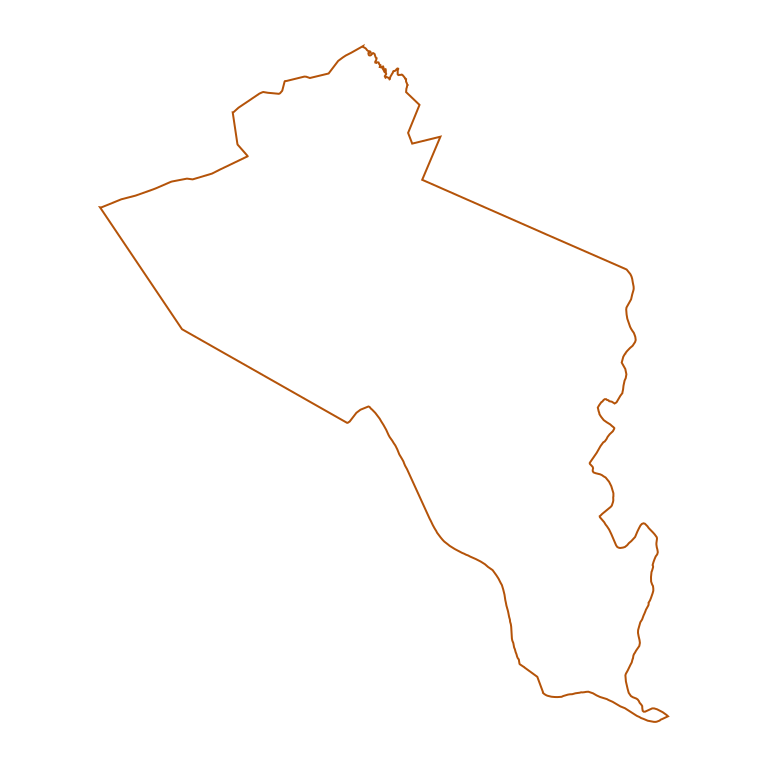 Luampa, Western, Zambia (Equal Earth projection)
{"feature_id": "96606910B75659295397669", "entity_name": "Luampa", "entity_type": "district", "adm_level": 2, "iso_a3": "ZMB", "parent_name": "Zambia", "parent_adm1": "Western", "projection": "equal_earth", "projection_center": [24.874, -15.433], "detail": "fine", "context": "isolated", "style": "outline", "palette": "amber", "viewbox_px": 768, "rotation_deg": 0, "n_neighbors": 0, "source": "geoboundaries", "source_scale": "gbopen_adm2", "svg_char_len": 5968}
<svg xmlns="http://www.w3.org/2000/svg" viewBox="0 0 768 768"><path d="M626.6,314.5L626.2,309.5L626.5,307.5L631.1,299.3L632.2,294.5L633.5,290.0L633.7,288.7L633.6,286.5L632.8,282.5L632.2,278.9L631.5,276.5L630.4,274.2L626.6,269.5L547.0,234.7L422.2,179.8L440.4,136.7L412.2,143.6L408.1,132.9L419.5,104.9L406.1,92.1L406.4,88.6L406.8,87.5L407.2,85.5L407.7,85.0L407.2,84.4L406.6,82.7L406.1,81.7L406.0,80.4L406.1,79.1L405.4,78.5L405.0,78.5L404.9,77.9L403.7,76.4L402.6,75.1L402.0,74.7L401.6,74.6L401.1,74.9L399.5,74.9L398.7,75.1L398.3,75.0L397.7,74.3L397.6,73.9L397.8,73.0L397.6,72.3L397.8,70.1L398.2,69.1L398.2,68.7L397.5,68.5L397.3,68.6L397.3,68.8L396.4,69.4L396.0,70.0L394.9,70.9L394.3,71.1L393.8,71.0L393.4,71.2L393.2,71.5L392.6,73.1L391.8,74.2L391.2,75.4L390.4,76.6L389.9,78.5L389.9,79.0L389.7,79.2L389.5,79.3L389.0,78.3L388.6,77.9L386.6,77.0L386.0,77.2L385.5,77.7L385.4,77.6L385.3,77.1L384.9,76.6L384.8,76.2L385.4,75.3L386.1,74.2L386.2,73.9L385.9,73.2L385.8,72.0L385.8,70.2L385.6,69.2L385.2,69.1L384.8,69.3L384.8,69.8L385.2,70.7L385.0,71.4L384.5,71.9L384.2,71.4L383.7,70.2L382.9,69.0L383.0,68.4L383.3,68.3L383.5,67.9L383.4,67.2L383.1,66.5L382.1,66.7L381.7,66.9L381.3,67.5L380.8,67.3L380.5,67.0L379.8,67.0L379.9,66.5L379.9,65.9L380.0,65.6L380.3,65.6L380.4,65.1L379.7,64.7L379.2,64.1L378.6,62.5L378.0,62.3L376.9,62.4L376.4,62.9L375.3,62.6L375.2,62.0L375.3,61.6L376.2,60.0L376.6,58.2L375.9,57.8L375.7,57.4L375.0,55.5L374.7,54.2L373.5,53.2L373.0,53.1L371.5,54.5L371.0,55.1L370.0,55.5L369.1,55.3L368.7,54.8L368.4,53.4L368.4,53.0L368.5,52.9L368.9,52.7L369.6,52.8L370.5,52.7L370.7,52.3L370.4,51.8L369.8,51.3L368.4,51.1L367.6,50.6L367.1,50.2L365.9,48.6L364.3,47.5L363.1,47.1L362.8,46.6L363.0,46.1L351.3,52.7L345.8,55.5L342.9,57.4L338.2,60.9L328.6,73.5L309.9,78.0L306.1,76.7L304.3,76.6L286.8,80.9L285.0,81.1L284.6,81.6L282.3,90.5L282.1,90.9L280.1,93.2L279.6,93.5L278.8,93.8L271.5,93.1L268.0,92.8L263.2,92.0L261.8,92.5L259.4,93.6L238.5,107.7L233.6,112.1L233.2,112.3L232.7,112.3L237.4,143.9L237.6,144.6L247.5,155.9L247.6,156.3L219.9,169.6L212.0,173.6L192.9,179.3L192.1,179.3L187.5,178.7L186.6,178.7L172.0,181.5L170.7,181.9L155.7,188.4L153.1,189.4L135.6,195.6L121.3,199.3L101.6,207.3L100.8,207.4L100.0,207.3L182.0,329.2L347.0,422.8L347.7,422.8L349.7,421.5L356.4,412.8L360.5,409.7L368.4,406.5L369.5,406.9L371.0,408.7L372.1,409.6L375.3,412.9L379.7,418.7L381.3,421.5L383.4,424.8L386.2,429.8L388.5,434.9L389.7,437.1L392.2,440.6L393.9,443.4L395.3,445.4L397.3,449.4L399.3,454.4L402.0,458.9L403.5,461.6L404.0,463.1L405.1,465.7L407.0,469.1L429.6,518.6L431.0,521.3L432.7,524.9L434.5,528.2L436.4,531.3L437.0,532.6L440.6,537.4L442.5,539.7L444.2,541.5L448.3,544.7L449.6,545.8L454.9,549.1L462.1,552.9L464.1,553.7L466.0,554.7L468.2,555.5L470.0,556.5L475.9,559.1L480.6,561.5L484.9,564.2L488.1,567.0L492.6,570.1L496.3,575.2L498.5,578.6L500.5,582.6L501.9,585.1L503.2,589.4L504.5,594.7L505.3,600.1L505.9,602.8L506.4,605.5L508.0,611.2L509.2,617.2L509.9,619.6L510.1,621.8L510.8,624.1L511.2,626.8L511.9,638.5L512.3,640.6L513.3,643.0L514.1,647.4L514.9,649.3L515.6,652.0L516.5,654.3L517.1,656.6L517.9,658.4L518.8,659.4L519.5,663.8L519.9,664.3L524.2,667.2L524.3,667.2L524.5,667.5L537.3,676.8L542.6,691.1L543.0,692.2L542.9,692.8L544.4,694.1L545.8,695.0L547.3,695.7L551.3,696.7L554.5,697.0L557.1,697.1L561.6,696.8L563.3,696.0L568.0,694.6L569.9,694.3L572.2,694.2L575.4,693.3L579.8,692.7L581.1,692.3L582.4,692.4L584.4,692.2L585.9,691.9L588.3,691.7L593.0,693.3L596.6,695.4L600.1,697.0L606.9,699.1L608.5,700.0L612.6,701.8L620.4,706.4L624.9,708.2L636.9,715.9L639.4,717.0L641.0,718.0L643.5,718.9L647.7,720.7L654.1,721.9L655.5,721.9L656.7,721.7L659.6,720.6L660.8,719.6L662.3,719.0L668.0,716.3L666.6,715.0L662.7,712.2L657.1,709.3L654.1,708.4L652.2,708.4L645.0,711.7L643.7,711.7L642.7,710.8L642.3,708.3L642.2,706.1L641.4,704.8L639.6,702.7L638.9,701.1L637.6,699.4L636.2,698.5L632.8,697.2L630.9,696.0L628.7,692.8L627.6,688.8L625.9,681.4L625.4,675.3L625.9,673.7L627.6,670.7L630.5,664.7L631.7,662.5L632.6,659.0L632.9,658.7L633.4,655.6L634.0,654.1L634.9,652.8L636.1,650.6L639.3,646.0L639.9,642.9L639.5,640.0L638.6,636.2L638.0,632.9L638.1,630.1L640.3,622.3L642.1,619.5L643.6,615.4L644.4,613.7L645.5,611.0L645.9,609.8L648.4,605.3L648.7,603.7L648.5,602.9L650.0,600.4L651.0,597.9L652.6,593.3L653.3,590.8L653.3,588.6L653.0,586.1L652.1,584.4L651.1,581.5L651.0,577.1L651.5,572.0L652.0,570.8L653.0,567.5L653.1,566.8L653.0,565.9L652.6,565.1L653.5,562.0L654.6,559.0L655.7,556.4L657.2,554.4L657.8,552.2L657.4,549.6L656.8,547.4L656.4,544.6L656.4,543.1L657.0,538.7L656.8,537.3L654.7,534.4L653.1,532.6L649.7,529.1L648.5,527.8L647.5,526.3L646.2,525.0L644.9,523.7L643.5,523.3L641.9,523.9L640.5,525.4L639.0,528.2L637.4,531.5L635.1,537.0L631.3,541.1L628.9,543.1L627.2,545.2L624.9,547.0L622.9,547.6L620.0,548.0L618.4,547.6L617.2,546.9L616.1,545.3L611.4,534.3L609.1,529.5L606.9,526.2L605.6,524.6L604.2,522.2L599.9,517.2L599.7,516.2L600.5,515.6L602.3,513.8L610.7,506.9L611.8,505.6L613.0,502.0L613.3,500.4L613.2,497.0L613.4,496.5L613.4,493.2L611.3,486.2L609.1,481.8L605.6,477.5L603.7,476.4L601.9,475.1L600.1,474.3L595.6,473.2L593.5,472.4L592.7,471.0L592.8,469.4L593.1,468.2L592.6,466.8L589.9,463.9L589.7,463.1L590.2,462.2L596.7,452.8L600.5,446.1L603.3,442.3L604.7,441.5L606.5,439.1L607.6,436.9L609.7,434.2L612.9,431.2L614.2,428.8L614.3,428.1L613.3,427.0L612.3,426.3L610.2,424.4L606.8,422.3L603.7,420.1L601.1,416.8L599.5,414.3L599.2,412.8L598.5,410.8L598.4,410.0L597.8,407.6L599.1,405.3L600.8,402.9L601.5,402.0L601.9,401.9L602.4,401.5L603.6,400.0L604.7,399.2L606.2,399.2L607.1,400.0L608.5,400.3L609.2,401.2L611.8,401.7L614.6,403.5L616.1,402.6L616.6,402.2L620.4,395.7L622.4,393.1L622.4,392.6L623.1,389.3L623.5,385.7L624.6,380.5L625.7,378.2L626.4,374.3L625.3,369.0L621.7,362.6L623.3,356.7L624.7,354.3L625.2,353.6L625.4,353.6L625.9,352.5L627.4,350.7L630.1,347.9L632.6,345.8L635.1,342.0L635.7,340.0L635.3,336.9L634.5,334.6L633.8,332.8L632.5,331.0L631.1,328.8L630.1,326.8L627.3,318.7L626.6,314.5Z" fill="none" stroke="#b45309" stroke-width="2"/></svg>